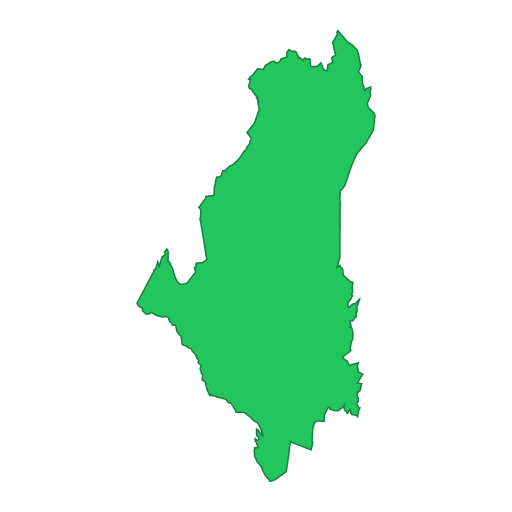 outline of Ahuehuetitla, Puebla, Mexico
{"feature_id": "50627088B39189624478389", "entity_name": "Ahuehuetitla", "entity_type": "district", "adm_level": 2, "iso_a3": "MEX", "parent_name": "Mexico", "parent_adm1": "Puebla", "projection": "equal_earth", "projection_center": [-98.198, 18.232], "detail": "fine", "context": "isolated", "style": "filled", "palette": "green", "viewbox_px": 512, "rotation_deg": 0, "n_neighbors": 0, "source": "geoboundaries", "source_scale": "gbopen_adm2", "svg_char_len": 6048}
<svg xmlns="http://www.w3.org/2000/svg" viewBox="0 0 512 512"><path d="M347.6,413.4L349.7,410.5L349.8,409.5L350.8,410.4L350.7,413.5L352.2,414.6L354.0,414.8L356.8,415.5L357.7,416.6L358.5,410.6L358.8,410.5L359.8,408.2L359.2,408.4L358.0,406.5L358.0,406.1L357.6,405.9L356.9,404.2L357.3,402.1L358.3,401.4L358.3,398.0L357.0,396.3L357.4,391.9L358.0,392.5L360.3,390.1L361.4,384.0L361.6,383.7L357.3,383.1L362.7,374.1L358.5,372.1L357.3,365.9L358.3,362.8L349.2,365.4L347.4,361.3L344.1,359.1L343.3,357.6L342.6,357.0L342.6,356.7L343.0,356.3L343.7,355.7L344.3,355.8L347.9,352.8L349.3,352.1L349.4,351.7L350.8,350.6L350.4,349.0L350.4,347.5L351.4,341.7L352.3,340.0L352.7,339.2L353.0,332.7L351.8,328.2L349.9,327.3L351.0,327.0L351.1,326.2L350.1,321.9L350.6,320.8L352.6,320.8L353.0,320.6L354.8,317.8L356.3,316.6L356.2,313.0L356.0,312.1L356.9,312.0L357.2,309.7L356.7,307.4L359.7,299.3L359.7,298.9L354.9,304.1L354.2,303.7L352.8,304.1L352.0,304.5L350.6,306.3L348.2,307.4L348.1,306.3L347.7,304.1L347.8,303.4L348.3,302.4L350.1,300.0L350.6,299.5L351.2,298.3L351.9,296.5L352.7,295.9L351.8,295.0L352.0,293.6L352.6,291.9L352.6,290.2L352.4,288.8L352.0,288.5L352.9,282.6L351.9,282.0L350.5,281.9L346.7,278.2L345.2,276.8L343.8,275.8L343.2,274.5L342.9,271.1L342.7,269.4L342.2,268.3L340.0,266.4L339.9,265.3L337.0,267.3L339.9,257.5L339.9,235.8L340.1,226.0L340.0,217.4L340.2,203.8L339.8,198.7L339.9,198.4L340.1,194.7L340.1,190.9L342.1,189.4L344.9,185.3L351.6,165.6L355.3,157.0L357.0,153.6L362.4,147.1L365.6,143.6L371.7,133.1L373.4,129.8L375.0,115.4L374.0,113.2L371.6,110.7L368.8,108.1L367.9,106.3L367.5,103.9L367.3,103.4L369.8,97.5L370.6,95.1L370.0,91.2L370.9,89.3L370.6,86.9L365.5,89.0L364.9,90.4L363.5,88.8L364.0,87.1L362.4,83.2L362.1,76.3L358.4,71.7L360.3,67.8L361.0,65.4L359.9,61.8L358.6,54.4L357.1,49.8L352.1,44.8L347.1,41.5L337.9,30.7L336.8,32.3L337.4,34.0L335.2,38.3L332.6,42.3L334.8,52.0L335.6,55.1L332.0,57.2L331.8,59.3L332.9,62.3L327.9,64.8L327.3,70.0L326.4,70.7L323.6,69.9L323.4,69.0L320.9,62.8L317.3,66.4L310.6,66.7L310.4,64.4L310.2,61.3L309.9,58.9L308.4,58.8L308.1,59.4L307.0,59.2L305.1,57.9L303.7,59.3L303.1,59.8L303.0,60.2L299.7,57.5L298.2,57.5L298.6,56.9L296.8,53.6L296.4,52.4L296.0,51.8L294.1,51.0L293.1,51.8L288.9,49.6L286.8,52.5L287.0,56.5L285.9,57.4L281.0,58.9L280.8,59.6L279.6,61.6L277.8,62.7L275.7,63.0L274.3,61.2L271.5,61.6L265.3,65.5L264.6,67.2L263.2,69.5L257.5,68.8L252.3,75.7L252.1,75.6L250.1,77.0L248.7,79.3L250.5,79.3L248.6,86.4L249.7,88.8L251.0,88.7L252.8,91.5L255.6,95.4L256.1,95.6L257.3,97.2L257.5,98.1L256.6,98.0L258.8,101.4L257.8,101.5L259.3,109.9L258.5,111.5L254.3,123.3L247.0,132.5L251.5,138.6L251.3,139.5L250.9,140.2L250.0,141.0L249.5,144.0L248.6,145.0L247.2,146.8L247.1,147.6L246.4,148.3L246.1,149.8L245.6,150.4L244.4,150.8L240.3,157.1L239.3,158.7L233.5,164.1L233.0,164.3L231.2,165.6L229.2,166.4L226.6,169.2L225.0,170.5L223.5,170.8L223.1,170.6L222.8,170.9L222.6,171.7L221.9,172.9L221.6,175.1L219.4,177.2L217.1,176.9L216.7,177.4L216.2,178.6L215.7,180.6L215.3,184.0L214.3,187.1L214.1,193.3L213.7,195.6L207.2,196.1L206.0,196.5L205.4,198.7L198.8,207.5L200.8,209.7L200.8,213.4L200.6,214.7L200.0,220.2L200.6,221.1L206.8,259.8L203.6,261.7L201.9,262.9L201.2,263.1L200.3,262.8L196.1,263.2L195.9,264.7L196.1,266.7L194.4,267.6L195.6,272.3L194.7,273.5L193.4,274.8L187.9,282.2L186.5,283.3L184.7,284.0L181.8,284.4L179.8,284.0L177.8,282.2L175.2,277.6L174.2,273.9L173.7,273.4L173.4,272.4L173.1,270.4L172.3,267.9L172.0,267.7L171.7,267.1L170.8,265.0L170.3,264.5L170.6,263.7L168.6,261.2L167.9,261.3L168.1,257.4L168.1,253.9L168.3,251.8L167.4,249.7L166.7,249.0L164.5,251.9L164.9,252.7L165.3,254.6L163.4,256.0L162.2,256.7L159.2,266.0L157.7,261.9L157.1,264.4L156.1,267.6L155.8,269.1L155.4,269.2L155.4,268.8L154.1,269.7L153.8,270.2L153.8,271.5L137.0,303.2L138.3,305.6L139.5,306.9L142.8,308.4L142.3,310.6L143.1,311.2L145.7,313.8L146.3,314.1L147.9,314.1L149.0,313.9L149.8,313.4L150.6,312.7L151.3,312.6L153.3,313.3L154.4,314.3L156.0,315.3L157.9,315.9L162.8,317.0L164.2,316.9L165.4,316.5L166.6,316.6L168.2,317.5L168.6,318.4L168.8,319.3L169.8,321.7L171.5,323.0L171.9,323.8L172.4,325.2L174.1,325.2L175.1,324.9L175.8,325.7L176.4,329.0L176.8,330.9L177.2,331.7L179.2,334.6L180.9,336.1L181.1,337.0L181.4,338.9L182.2,342.4L181.9,343.8L182.6,344.7L183.3,345.2L185.8,345.9L186.6,346.3L187.4,347.1L188.7,348.0L189.6,348.2L190.6,348.3L191.2,348.8L192.2,351.0L193.0,352.0L193.8,352.8L194.9,354.1L195.9,355.7L196.8,358.3L198.1,359.4L198.6,360.5L198.5,361.2L198.2,361.7L198.2,362.4L198.4,363.0L199.7,364.3L200.8,365.0L201.0,365.7L200.7,367.0L200.2,368.3L200.1,369.0L201.2,371.7L201.4,373.3L201.8,373.9L202.6,374.8L202.6,376.5L202.1,379.5L202.3,380.2L203.0,380.6L204.0,381.0L204.8,381.7L205.2,382.3L205.6,383.1L205.8,384.1L206.1,386.6L206.6,387.7L207.2,390.0L209.7,395.6L210.1,395.6L210.6,395.4L211.2,394.8L211.6,394.9L212.2,395.8L212.5,395.9L213.5,395.8L214.8,395.9L217.5,397.3L220.1,397.5L221.5,398.1L222.6,398.3L224.4,398.9L226.0,399.3L227.9,402.3L228.6,402.7L230.5,403.0L231.2,403.3L231.8,404.5L233.2,406.2L233.6,407.5L234.0,408.2L235.1,409.5L235.6,410.6L235.6,411.5L236.1,412.4L243.1,412.3L244.9,413.0L250.3,417.1L253.1,420.0L254.6,421.2L256.6,422.1L257.7,422.9L257.8,423.6L258.5,424.0L259.2,425.5L261.9,431.7L261.8,432.7L262.6,434.5L262.8,435.8L261.9,435.4L260.6,433.9L258.1,429.9L256.5,429.0L256.6,432.0L256.5,434.0L256.7,435.5L258.0,436.6L258.9,437.9L258.7,439.6L257.8,440.3L256.6,440.1L255.3,438.6L255.0,439.7L255.2,440.7L256.1,442.1L257.4,445.1L258.1,447.2L257.6,447.9L255.9,447.4L255.5,448.0L254.6,447.8L254.5,449.6L254.2,450.5L254.3,452.3L254.5,453.1L254.5,454.6L254.7,456.4L255.1,457.5L255.7,458.5L257.1,461.8L260.8,466.0L262.0,468.3L262.9,470.7L264.0,473.0L265.5,475.8L268.2,478.9L269.7,481.0L270.5,481.3L275.2,479.6L286.2,471.6L289.1,452.6L289.2,449.4L290.5,441.8L311.1,449.9L312.8,442.5L312.1,442.5L312.6,430.1L313.3,426.0L315.2,421.8L319.0,420.8L324.1,421.5L324.4,414.4L328.5,407.1L329.6,407.4L329.9,409.2L334.3,410.6L338.0,410.8L342.8,407.3L344.4,405.0L344.1,408.6L345.0,410.7L346.5,411.4L346.9,412.9L347.6,413.4Z" fill="#22c55e" stroke="#15803d" stroke-width="1.5"/></svg>